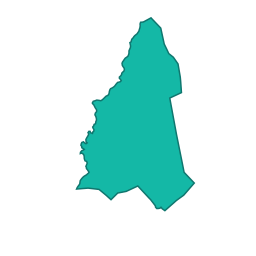 the district of Juazeiro do Piauí, Piauí, Brazil, rotated 155°
{"feature_id": "56859067B16787384500199", "entity_name": "Juazeiro do Piauí", "entity_type": "district", "adm_level": 2, "iso_a3": "BRA", "parent_name": "Brazil", "parent_adm1": "Piauí", "projection": "orthographic", "projection_center": [-41.546, -4.968], "detail": "fine", "context": "isolated", "style": "filled", "palette": "teal", "viewbox_px": 256, "rotation_deg": 155, "n_neighbors": 0, "source": "geoboundaries", "source_scale": "gbopen_adm2", "svg_char_len": 2327}
<svg xmlns="http://www.w3.org/2000/svg" viewBox="0 0 256 256"><g transform="rotate(155 128 128)"><path d="M200.4,94.4L189.6,90.4L180.2,84.6L176.4,76.6L173.7,70.2L164.8,73.4L156.4,71.3L147.7,71.3L143.6,71.3L138.5,55.5L137.8,53.6L136.1,45.9L136.5,44.7L136.0,42.9L134.2,42.1L132.7,41.8L131.6,42.2L131.1,40.3L129.5,37.5L114.9,41.8L113.5,42.1L105.8,43.6L91.2,50.1L95.9,64.1L94.3,70.6L86.8,101.6L77.5,137.5L71.4,137.5L64.6,137.5L60.5,148.2L59.1,152.1L56.4,162.0L55.6,164.9L57.0,173.0L59.6,178.2L59.6,182.6L59.7,188.8L56.1,204.7L60.2,216.9L60.6,218.1L69.1,217.6L70.3,217.9L71.9,218.5L73.1,217.2L73.7,215.6L74.7,214.0L75.9,212.7L77.3,211.1L78.7,210.3L79.8,209.6L81.3,209.2L82.6,208.9L83.9,208.4L85.1,207.6L86.6,207.1L87.8,206.1L88.7,204.8L90.2,204.6L90.6,202.8L91.0,201.2L92.0,199.7L93.2,198.7L94.5,197.5L95.5,195.4L96.4,194.3L97.7,193.1L99.4,192.7L100.9,192.5L102.4,191.7L103.7,190.9L105.1,190.1L106.1,189.1L106.7,187.1L106.5,185.5L106.2,183.7L106.7,182.3L107.7,181.3L109.1,180.9L110.5,180.3L111.1,179.3L112.4,178.4L114.3,177.8L114.8,176.7L114.3,175.2L114.1,173.8L115.4,173.2L116.9,173.4L118.1,173.7L119.8,173.0L121.3,172.2L122.4,171.6L123.8,171.2L125.5,171.0L127.2,171.0L128.5,170.1L129.6,168.8L130.5,167.4L131.6,166.4L132.8,166.1L134.5,166.1L135.9,165.6L137.8,164.9L139.5,164.4L141.1,164.2L142.6,165.3L144.5,166.5L146.3,166.6L148.2,166.9L149.8,165.7L149.6,164.4L149.2,163.2L149.2,161.4L149.1,159.7L148.8,158.0L149.2,156.6L150.1,155.8L151.3,155.3L152.4,153.9L152.3,151.8L152.6,150.1L153.2,148.5L154.5,147.3L155.6,145.6L157.2,145.6L158.1,144.5L159.6,143.8L159.7,142.3L159.5,141.0L160.3,139.6L161.5,139.3L162.5,138.1L163.9,139.5L163.8,141.0L164.9,141.5L166.3,140.6L166.0,139.4L167.1,138.2L168.4,137.3L169.6,136.5L171.0,135.4L171.8,133.2L171.3,131.8L172.7,131.5L173.6,132.7L174.2,134.3L176.0,134.4L177.1,133.4L178.0,132.2L177.7,130.8L178.2,129.6L177.2,128.2L176.7,127.1L177.9,126.9L179.6,126.9L181.3,126.1L182.0,125.0L180.7,124.9L179.8,123.8L179.4,121.9L179.8,120.6L180.6,118.6L180.8,116.4L179.6,115.2L179.8,113.4L181.4,111.9L182.4,111.0L182.4,109.8L182.8,108.7L182.4,107.4L182.2,105.8L182.0,104.4L183.0,103.8L184.2,103.5L185.3,103.1L186.5,103.0L188.3,102.8L189.7,102.4L190.9,101.9L192.1,101.3L193.5,100.5L194.4,99.2L195.2,97.9L196.2,97.2L197.7,96.4L199.2,95.5L200.4,94.4Z" fill="#14b8a6" stroke="#0f766e" stroke-width="1.5"/></g></svg>